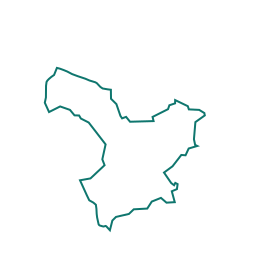 the district of Dojran, Dojran, North Macedonia, rotated 150°
{"feature_id": "65306769B30499724495111", "entity_name": "Dojran", "entity_type": "district", "adm_level": 2, "iso_a3": "MKD", "parent_name": "North Macedonia", "parent_adm1": "Dojran", "projection": "albers", "projection_center": [22.692, 41.225], "detail": "fine", "context": "isolated", "style": "outline", "palette": "teal", "viewbox_px": 256, "rotation_deg": 150, "n_neighbors": 0, "source": "geoboundaries", "source_scale": "gbopen_adm2", "svg_char_len": 1260}
<svg xmlns="http://www.w3.org/2000/svg" viewBox="0 0 256 256"><g transform="rotate(150 128 128)"><path d="M123.7,169.7L126.1,171.5L130.2,174.9L131.4,177.4L132.6,182.5L133.5,184.0L137.6,188.4L140.3,192.0L145.7,198.1L149.5,202.7L151.0,205.1L152.4,207.3L154.7,210.3L157.2,213.3L159.5,215.6L165.5,210.9L168.8,210.6L172.0,210.0L174.0,209.4L175.2,208.8L175.6,208.5L177.9,205.5L183.8,195.5L187.4,191.5L188.4,181.3L176.0,180.6L169.2,172.7L168.0,165.7L164.1,163.3L164.1,159.8L159.3,152.4L155.6,125.0L165.9,113.7L166.9,107.5L185.7,103.1L195.7,106.7L197.3,90.2L197.7,84.8L197.5,84.4L195.3,80.7L194.2,77.6L195.7,73.9L198.1,69.2L199.5,65.9L201.6,59.3L201.5,58.3L201.2,57.7L199.9,56.3L199.0,55.4L198.4,54.9L196.9,54.5L196.3,54.3L195.9,53.5L194.8,48.5L187.8,55.7L182.8,57.0L170.2,53.1L163.7,54.7L151.6,48.6L144.2,52.4L134.4,51.0L132.0,44.1L124.6,40.4L121.7,51.3L116.2,50.6L113.1,54.6L114.5,56.8L116.7,55.4L118.1,58.7L119.1,71.4L108.5,72.6L95.3,78.0L91.8,75.6L85.7,79.9L77.0,77.8L78.3,79.8L76.5,85.3L66.7,99.4L55.2,100.5L54.4,102.8L57.3,108.1L66.0,113.7L65.3,117.0L73.2,128.6L74.9,125.8L80.8,127.0L83.9,124.3L101.2,125.3L102.4,121.2L123.1,132.4L124.1,138.6L128.3,139.3L128.5,142.3L126.1,154.5L128.1,161.8L123.7,169.7Z" fill="none" stroke="#0f766e" stroke-width="2"/></g></svg>